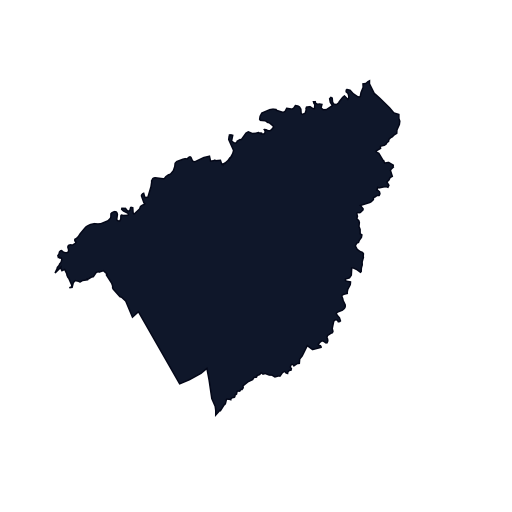 Axochiapan, Morelos, Mexico (Albers equal-area conic projection), rotated 245°
{"feature_id": "50627088B14016232741468", "entity_name": "Axochiapan", "entity_type": "district", "adm_level": 2, "iso_a3": "MEX", "parent_name": "Mexico", "parent_adm1": "Morelos", "projection": "albers", "projection_center": [-98.745, 18.524], "detail": "fine", "context": "isolated", "style": "filled", "palette": "ink", "viewbox_px": 512, "rotation_deg": 245, "n_neighbors": 0, "source": "geoboundaries", "source_scale": "gbopen_adm2", "svg_char_len": 6118}
<svg xmlns="http://www.w3.org/2000/svg" viewBox="0 0 512 512"><g transform="rotate(245 256 256)"><path d="M340.1,76.6L338.2,76.3L338.2,77.4L336.9,77.4L336.7,78.6L334.8,78.5L332.6,76.6L331.7,74.6L330.7,73.6L329.6,71.1L328.9,70.7L325.5,66.7L328.2,74.2L327.8,73.9L324.7,73.9L324.7,76.9L319.4,77.0L318.9,76.6L316.5,76.5L315.7,76.6L315.4,76.9L307.5,76.7L306.0,76.1L306.1,73.4L305.3,76.1L309.1,79.2L310.1,81.8L308.2,84.4L306.8,85.5L307.1,88.4L305.7,93.1L306.4,93.2L306.0,94.2L306.4,98.0L306.0,99.8L308.6,104.2L308.5,106.8L307.7,107.0L307.1,112.1L306.9,111.6L302.6,113.4L302.3,113.4L302.2,112.5L302.0,112.4L292.3,113.7L289.4,113.4L287.7,112.6L286.3,112.6L276.6,115.5L275.4,116.8L270.2,118.9L252.8,118.2L255.2,125.9L172.4,132.8L172.0,143.4L172.9,156.6L174.9,164.0L163.2,161.0L145.5,155.7L137.0,155.5L132.9,154.2L128.9,152.3L131.5,158.3L130.9,158.5L134.5,164.1L134.7,165.2L135.4,166.1L138.3,168.4L138.6,169.2L137.2,171.6L136.4,172.4L137.3,173.0L137.6,174.4L137.1,176.6L137.4,177.3L138.8,178.2L139.1,180.0L141.3,181.6L141.3,182.4L140.4,184.1L141.5,186.0L140.9,186.8L141.5,187.9L142.0,188.7L143.8,189.3L145.4,195.7L145.4,200.7L146.8,202.7L146.0,205.2L147.2,206.6L147.0,209.2L148.0,211.4L146.0,212.4L145.6,214.7L142.5,217.7L141.3,220.1L138.4,222.0L137.8,225.6L137.0,227.0L139.1,230.6L139.4,232.5L139.2,233.3L137.3,233.8L136.2,235.0L137.6,236.0L138.2,238.0L137.7,239.4L139.0,240.5L140.8,240.1L142.3,241.4L142.6,242.7L141.9,243.7L140.4,243.9L141.1,247.7L140.4,249.9L144.2,252.1L145.9,255.6L153.1,264.6L147.3,267.7L145.7,276.4L145.9,276.6L147.5,276.5L148.1,275.5L149.7,275.1L150.8,277.6L151.2,279.6L151.0,280.3L149.7,281.5L147.7,282.6L147.3,283.7L148.7,285.2L150.5,285.8L152.2,285.8L153.7,287.2L154.3,291.3L154.2,292.8L155.2,293.9L158.0,294.4L163.8,298.7L164.4,299.6L164.6,301.4L163.3,302.7L161.6,302.8L161.2,304.1L161.5,305.1L164.7,305.5L167.8,304.6L169.9,304.4L170.5,305.2L170.7,306.6L170.4,311.3L171.1,313.8L171.7,314.8L172.8,315.7L174.1,316.2L179.8,316.1L180.0,316.5L183.4,316.8L184.0,317.3L184.2,319.3L183.5,322.9L184.7,323.4L187.0,325.1L190.2,329.3L191.8,330.3L192.6,330.7L195.1,327.1L196.4,326.8L197.3,327.3L196.7,331.5L198.4,334.3L204.7,337.7L204.2,339.0L201.0,341.7L197.1,343.8L197.5,344.8L200.6,346.4L203.0,348.5L205.8,349.7L209.4,352.8L210.4,353.0L212.6,354.3L213.5,354.2L214.5,353.8L216.1,352.2L219.3,350.5L222.9,350.3L223.6,350.7L225.1,352.8L225.0,354.6L226.6,356.3L228.3,359.4L230.4,360.9L232.1,359.8L236.2,361.6L239.3,361.8L242.6,363.8L244.5,364.1L247.3,363.1L249.0,364.7L252.0,365.3L252.5,366.2L251.4,368.3L251.4,369.1L252.6,372.5L253.6,373.0L257.7,371.9L256.4,381.7L256.5,383.3L257.5,386.2L259.3,387.2L259.2,389.0L259.7,391.1L258.8,393.2L260.0,394.6L262.0,395.0L264.6,393.9L264.8,393.4L266.7,395.4L266.2,395.6L265.6,396.7L264.6,401.1L263.6,403.5L262.5,404.6L263.9,406.3L267.8,405.9L268.6,408.4L270.4,410.7L270.6,413.2L276.8,414.0L277.6,415.2L278.5,418.0L278.9,417.9L280.3,418.8L284.8,415.7L285.9,411.8L288.4,412.0L288.5,411.6L297.2,410.7L299.3,409.0L300.4,409.2L300.9,414.4L302.2,414.7L302.9,415.4L302.1,419.2L302.5,421.3L303.5,422.5L303.9,424.6L305.4,425.6L306.3,427.9L306.4,429.8L307.4,432.5L307.7,435.4L310.7,437.0L314.6,441.5L317.4,443.3L320.2,443.6L323.9,445.3L327.4,441.4L333.7,439.7L346.5,434.9L352.4,432.4L352.4,431.9L364.1,431.6L366.8,432.9L366.7,431.1L365.9,428.6L366.8,425.7L363.6,424.4L359.8,420.3L356.6,418.0L356.3,417.2L357.3,415.5L362.2,412.6L366.5,411.3L368.5,408.8L368.2,407.9L366.7,407.1L364.4,408.1L361.6,407.6L360.0,406.8L359.2,405.4L363.7,403.8L363.1,401.5L360.6,396.5L359.9,395.9L359.2,393.0L360.7,390.7L363.1,390.4L366.9,391.8L368.1,390.9L367.4,389.2L363.9,388.3L360.0,388.8L358.9,381.7L360.2,378.7L362.7,377.5L365.5,379.8L367.0,377.7L367.4,376.0L369.4,374.5L370.8,374.9L371.5,373.3L369.6,373.0L368.5,373.4L364.9,371.3L365.5,369.9L368.5,368.1L369.6,364.7L368.5,363.6L367.3,363.3L364.6,360.9L364.7,357.9L366.0,357.1L370.1,358.7L372.7,358.4L374.2,357.4L375.7,355.3L374.1,352.7L373.9,350.7L376.9,346.3L374.7,343.4L374.7,341.7L374.9,341.0L379.4,336.1L380.3,336.1L381.9,333.5L382.8,330.4L383.1,321.7L380.9,318.8L378.4,317.1L377.1,317.3L374.8,321.3L373.7,322.3L372.3,322.8L371.1,324.4L366.8,326.4L365.4,326.5L363.9,323.3L363.6,321.4L364.7,319.6L365.9,318.8L367.1,317.2L367.1,316.9L365.9,317.1L364.4,316.7L363.2,315.2L363.7,313.5L364.2,312.8L364.2,313.0L365.0,313.0L366.7,310.0L366.9,310.1L367.4,307.4L368.6,304.4L371.8,301.5L371.6,298.9L368.0,292.5L367.8,291.4L368.3,290.7L368.0,287.5L367.6,287.4L366.8,285.2L367.8,283.9L370.5,282.4L375.2,285.9L376.4,284.5L376.8,283.4L375.8,283.5L376.1,282.4L373.1,280.5L361.1,280.3L358.7,278.2L356.7,275.5L356.3,275.7L356.1,274.1L355.7,274.0L355.9,273.7L355.4,272.8L355.1,272.9L354.9,272.6L355.2,272.4L354.6,271.4L354.2,271.5L354.4,271.1L353.3,267.4L352.9,267.4L352.9,266.7L353.4,266.6L353.2,265.4L352.6,264.7L353.5,264.7L353.5,263.7L357.8,264.2L359.3,260.0L360.3,259.1L360.3,257.7L361.2,254.9L366.1,256.0L367.3,250.3L367.2,240.7L367.4,240.1L368.8,238.6L372.9,238.7L373.8,238.1L373.8,236.4L373.0,234.7L374.1,233.0L374.6,230.7L375.1,224.1L374.2,221.9L371.4,220.2L368.2,217.1L366.3,213.0L366.6,210.9L366.0,207.8L365.0,205.9L365.0,204.9L369.6,197.6L369.9,195.9L369.7,195.1L368.1,193.0L367.4,192.9L363.3,190.2L354.9,182.8L356.0,180.0L360.3,180.7L360.3,179.6L359.6,178.1L358.9,177.6L351.5,176.9L350.3,177.4L349.9,176.7L350.1,174.7L349.7,172.3L347.8,170.4L345.6,163.6L346.0,162.9L347.2,162.9L351.8,164.7L352.8,163.5L352.9,162.9L350.5,160.8L350.5,159.6L351.4,158.5L354.4,157.8L355.9,154.6L355.1,154.0L352.8,154.9L348.9,158.0L347.5,157.9L347.1,157.5L347.2,156.6L348.8,152.9L350.0,151.3L349.5,150.5L346.7,149.1L345.4,147.6L345.7,146.2L347.4,145.1L348.0,145.2L352.1,147.9L353.5,148.2L354.6,148.1L355.3,147.7L356.1,146.3L356.1,143.7L355.6,142.4L352.6,140.9L351.7,140.0L350.5,136.8L350.8,129.2L351.8,126.3L353.6,123.2L354.5,119.3L354.5,116.8L354.3,114.5L353.6,112.7L350.5,106.1L348.6,103.1L348.3,101.9L347.8,101.0L347.7,98.9L346.3,98.2L344.7,98.8L343.8,97.6L343.4,93.9L344.4,93.0L344.9,91.1L344.4,89.8L343.5,89.2L340.4,88.7L338.8,87.2L339.1,85.2L340.8,83.1L343.1,82.1L343.3,81.2L342.8,79.7L341.0,78.2L340.1,76.6Z" fill="#0f172a" stroke="#020617" stroke-width="1.5"/></g></svg>